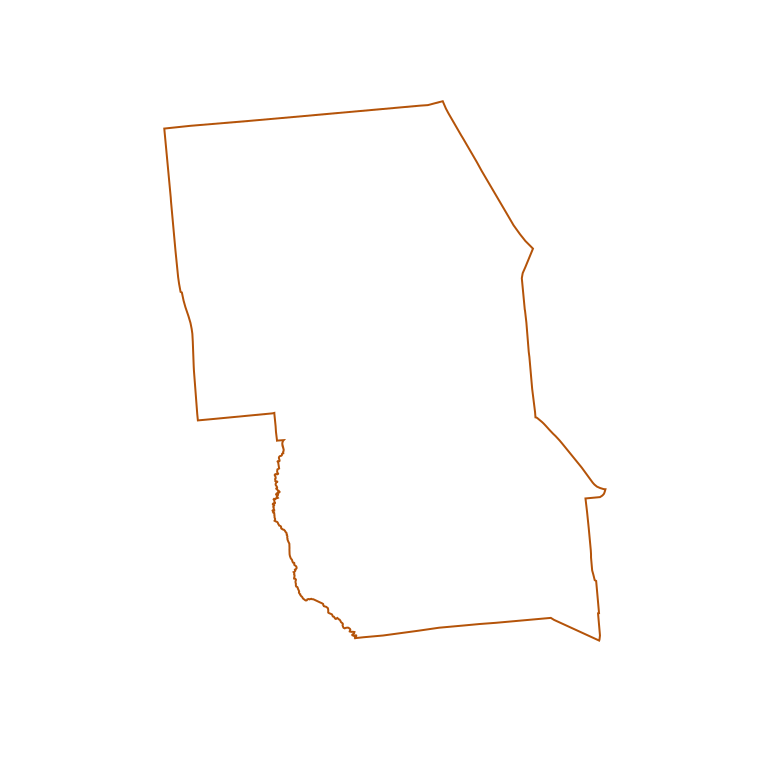 the district of Greater Dandenong, Victoria, Australia, rotated 166°
{"feature_id": "25037944B63075132073997", "entity_name": "Greater Dandenong", "entity_type": "district", "adm_level": 2, "iso_a3": "AUS", "parent_name": "Australia", "parent_adm1": "Victoria", "projection": "mercator", "projection_center": [145.221, -38.001], "detail": "fine", "context": "isolated", "style": "outline", "palette": "amber", "viewbox_px": 768, "rotation_deg": 166, "n_neighbors": 0, "source": "geoboundaries", "source_scale": "gbopen_adm2", "svg_char_len": 6054}
<svg xmlns="http://www.w3.org/2000/svg" viewBox="0 0 768 768"><g transform="rotate(166 384 384)"><path d="M504.6,192.2L498.1,186.9L497.6,186.6L496.3,185.3L496.3,184.9L496.4,184.0L496.1,183.4L496.1,183.0L493.9,181.7L493.2,180.7L492.7,180.1L492.7,179.3L492.8,178.2L493.4,175.7L492.9,175.1L490.4,173.2L490.2,172.9L489.9,171.0L489.7,170.7L488.9,170.3L488.3,168.7L488.2,168.6L488.2,168.3L488.0,168.0L487.6,167.7L487.3,167.7L486.2,168.2L485.9,168.3L484.9,166.8L484.5,166.3L484.2,166.2L484.0,165.8L483.7,165.2L483.5,164.2L483.3,163.3L482.6,162.4L482.3,162.1L482.0,161.4L482.0,160.9L482.4,160.3L482.6,159.8L482.4,157.8L482.3,157.4L482.1,157.1L481.2,156.4L480.5,156.6L479.6,156.6L478.2,156.4L477.5,156.1L476.3,154.7L476.2,154.2L476.1,153.8L476.2,153.5L477.2,152.3L477.2,152.2L475.9,151.5L475.3,151.3L474.5,151.2L472.7,150.5L472.8,150.3L473.1,149.9L473.3,149.4L473.8,148.8L474.7,148.8L475.1,148.6L475.5,148.3L475.5,148.0L475.5,147.9L475.3,147.8L474.8,147.3L473.7,146.6L473.4,146.6L472.2,147.0L471.8,146.8L471.8,146.7L471.8,146.4L472.1,145.9L472.4,145.6L473.1,145.3L473.5,145.0L473.7,144.6L473.6,144.3L473.2,144.3L472.2,144.3L472.1,144.2L464.9,143.2L445.8,140.2L410.4,136.3L389.5,134.2L365.1,130.4L349.4,128.0L333.1,125.2L278.7,116.7L276.1,114.0L237.3,83.0L236.8,83.8L235.3,87.7L235.1,88.9L231.8,109.7L230.8,109.6L225.8,141.6L227.0,142.7L227.0,148.7L227.1,152.0L227.1,152.9L225.1,165.5L224.3,168.8L223.6,172.5L220.3,194.1L217.9,210.9L216.2,224.2L201.8,222.0L199.2,222.9L198.2,223.5L197.2,224.2L196.6,225.0L195.8,226.2L194.6,228.3L196.2,228.8L199.5,230.8L202.2,232.9L204.2,235.6L205.4,237.9L212.3,254.9L225.5,283.1L227.3,286.8L230.1,291.9L232.0,294.9L234.6,299.5L237.2,304.4L238.6,306.9L239.8,308.8L243.3,313.6L243.9,314.3L244.4,314.7L245.1,315.0L244.2,320.4L241.4,343.5L236.4,375.0L235.8,380.1L231.0,409.1L229.4,421.3L229.4,422.2L224.7,453.3L222.6,458.0L218.5,463.3L206.7,479.3L212.2,488.5L215.8,496.4L219.9,506.7L223.6,519.4L237.7,567.2L240.2,576.7L247.9,603.2L249.0,606.7L256.0,631.1L257.3,636.3L258.6,644.2L274.0,644.0L281.3,645.3L396.4,663.3L451.8,672.0L509.7,681.4L535.4,685.0L545.8,616.6L546.5,612.7L554.1,563.7L557.9,537.5L558.6,530.7L559.1,522.6L558.0,521.7L558.3,513.4L558.1,506.6L557.3,497.0L557.0,490.0L557.3,483.9L557.8,479.1L559.3,471.3L564.4,447.0L565.2,442.9L572.5,399.9L573.4,393.7L557.8,391.3L504.0,383.2L499.4,382.5L497.4,382.5L497.6,381.6L499.4,369.2L500.4,363.7L501.5,354.9L501.2,354.9L494.9,353.8L495.9,353.1L496.2,352.5L496.7,351.8L497.2,350.5L497.3,349.5L497.3,348.2L497.2,348.3L497.2,346.5L497.3,346.6L497.2,345.3L497.3,344.6L497.5,343.7L497.9,343.0L498.0,342.7L498.4,342.4L498.5,342.0L498.4,341.6L498.5,341.1L498.8,341.1L499.4,341.1L499.8,340.9L500.0,340.5L500.2,339.8L500.8,339.3L501.3,339.2L502.3,339.2L502.7,339.1L503.3,338.7L503.7,338.2L503.9,337.5L503.8,335.8L503.8,335.4L503.9,334.8L504.1,334.5L504.4,334.4L504.7,334.3L505.4,334.8L505.7,334.8L506.0,334.6L506.0,334.4L505.7,333.7L505.7,333.0L506.2,327.4L508.1,326.9L508.9,324.8L508.9,323.9L508.5,322.9L508.4,322.7L508.5,322.5L508.7,322.3L509.4,322.2L509.7,322.2L510.5,322.7L511.1,322.8L511.7,322.6L512.0,322.3L512.1,322.1L511.7,320.0L511.8,319.1L511.9,318.8L512.7,318.1L512.7,317.0L512.9,316.0L512.7,315.9L512.4,315.8L511.4,315.2L511.2,315.1L511.2,314.9L511.4,314.7L511.9,314.7L512.3,314.5L513.1,313.6L513.5,312.7L513.5,312.2L513.4,311.8L512.8,310.4L512.8,310.0L512.9,309.5L512.8,309.2L513.1,308.9L513.7,308.8L513.9,308.5L513.8,308.3L513.4,308.3L513.2,308.1L513.0,307.0L512.8,306.2L512.6,306.0L512.1,305.9L511.5,304.9L511.4,304.6L511.6,304.3L512.0,304.1L512.7,304.3L513.3,304.3L514.8,303.6L515.4,303.1L515.4,302.9L515.4,302.7L514.8,302.3L514.6,302.4L514.3,302.8L513.9,303.0L513.6,303.1L513.4,303.0L513.4,302.7L513.9,301.7L514.3,301.3L515.0,301.0L515.3,300.5L515.4,300.1L515.3,299.9L514.6,299.4L514.5,299.2L515.0,299.1L515.8,299.5L516.0,299.5L516.7,298.9L517.1,298.6L517.6,298.7L518.4,299.2L518.6,299.1L518.9,298.9L519.0,298.8L518.9,298.5L518.6,297.8L518.7,297.4L518.7,296.5L518.9,295.7L518.5,295.2L518.6,294.9L518.7,294.7L519.0,294.7L519.8,294.9L520.2,294.9L520.8,294.6L521.0,294.3L521.0,294.0L520.9,293.7L520.6,293.4L520.1,293.3L520.0,293.1L519.9,292.9L520.1,292.6L521.2,291.6L521.2,291.4L520.9,290.6L521.2,289.6L521.2,289.2L521.0,288.5L521.0,288.2L521.3,288.1L522.3,288.4L522.6,288.3L522.8,288.1L522.6,287.4L522.3,286.8L521.7,286.2L521.9,286.0L522.4,285.8L522.1,285.4L521.8,284.8L521.9,284.0L522.2,283.0L522.1,282.7L522.3,281.8L522.4,281.4L522.5,280.9L522.3,279.6L522.3,279.3L522.7,278.4L523.1,278.1L523.3,277.8L522.2,276.8L521.4,276.3L520.9,275.8L520.6,275.0L520.5,273.9L520.0,272.5L520.0,272.1L518.8,271.2L518.5,270.7L518.4,269.8L518.7,269.3L518.5,268.5L518.3,268.2L517.9,268.0L517.2,267.2L516.9,267.0L516.5,266.9L516.3,266.7L515.6,265.5L515.5,265.1L515.5,264.7L515.2,264.2L515.0,263.7L514.6,262.9L514.8,262.2L514.6,261.3L514.9,261.0L514.6,259.7L514.7,259.2L515.0,258.6L515.1,258.2L515.1,257.7L515.0,257.0L515.3,256.4L515.1,255.3L515.0,254.3L514.5,252.1L514.5,251.8L515.2,248.6L515.4,247.6L515.7,246.7L516.8,241.6L516.9,240.0L516.7,237.8L516.4,236.8L515.9,235.9L515.8,235.3L515.8,234.3L515.6,233.0L515.5,232.7L515.0,232.4L514.6,232.3L514.4,232.1L514.4,231.8L514.8,230.5L514.8,230.2L513.6,228.7L513.3,228.2L513.2,227.5L513.3,226.6L513.6,226.2L514.1,225.8L515.0,225.6L515.4,225.4L515.4,225.2L515.1,224.6L515.2,224.3L516.4,223.4L517.2,223.3L516.8,222.1L517.3,220.9L517.0,220.1L517.4,219.4L517.4,219.0L517.5,218.7L517.8,218.1L518.2,217.5L518.3,217.1L518.3,216.9L518.1,216.8L517.2,216.4L516.9,215.9L516.8,215.6L516.9,215.1L517.5,214.1L517.7,213.6L517.9,212.4L517.8,211.5L518.1,210.5L518.3,209.5L518.2,209.0L518.1,208.6L517.3,208.1L517.1,207.7L517.0,206.8L517.1,206.3L517.0,206.2L516.5,203.3L516.6,203.0L516.9,202.6L517.0,202.0L516.4,200.6L516.2,200.3L516.4,200.1L516.0,198.9L515.5,197.9L515.1,197.5L515.0,197.1L514.8,196.8L514.6,195.7L514.1,194.9L513.7,194.5L513.0,193.6L512.5,193.0L511.9,192.8L511.3,192.8L510.9,193.1L510.5,193.6L510.2,193.6L509.2,193.6L508.7,193.4L508.5,193.1L507.7,193.1L506.6,193.2L506.1,192.7L504.6,192.2Z" fill="none" stroke="#b45309" stroke-width="2"/></g></svg>